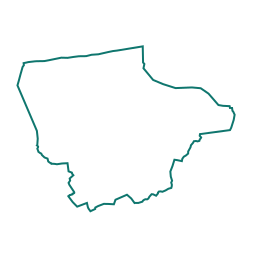 the district of Birnin Magaji-Kiyaw, Zamfara, Nigeria, rotated 266°
{"feature_id": "59680162B42162352171568", "entity_name": "Birnin Magaji-Kiyaw", "entity_type": "district", "adm_level": 2, "iso_a3": "NGA", "parent_name": "Nigeria", "parent_adm1": "Zamfara", "projection": "equal_earth", "projection_center": [6.819, 12.47], "detail": "fine", "context": "isolated", "style": "outline", "palette": "teal", "viewbox_px": 256, "rotation_deg": 266, "n_neighbors": 0, "source": "geoboundaries", "source_scale": "gbopen_adm2", "svg_char_len": 1991}
<svg xmlns="http://www.w3.org/2000/svg" viewBox="0 0 256 256"><g transform="rotate(266 128 128)"><path d="M142.7,230.9L143.5,224.3L144.6,219.8L156.7,210.7L162.6,203.3L164.0,194.6L164.5,178.2L169.3,166.1L174.2,156.4L181.2,151.4L186.5,147.6L190.7,148.8L192.3,147.6L208.4,148.4L206.0,122.4L205.8,118.3L205.6,116.9L205.2,113.9L204.4,108.7L203.8,104.8L203.6,103.7L203.6,96.8L202.6,91.2L203.0,84.1L202.7,78.7L202.2,72.6L202.8,66.4L201.1,53.6L200.7,50.2L200.6,49.1L201.0,41.5L201.0,39.6L200.7,33.1L200.4,31.4L200.0,28.4L197.9,28.5L196.2,27.1L190.6,25.1L190.4,25.0L189.0,24.5L182.6,22.3L178.2,20.7L131.5,36.9L123.7,37.2L117.2,36.3L117.0,36.0L115.8,37.0L115.0,36.9L113.7,36.1L111.4,36.8L110.6,36.9L109.3,38.4L108.5,39.7L107.0,40.3L104.4,42.7L103.1,45.6L100.2,46.1L98.9,47.5L98.2,48.9L97.6,49.1L97.6,50.3L97.3,52.4L96.8,54.6L97.2,59.7L97.1,65.2L88.9,65.7L87.4,68.9L86.4,69.0L84.7,70.2L81.7,66.3L79.6,66.6L77.4,64.9L75.3,65.6L67.9,69.8L67.1,69.9L66.8,69.7L66.6,69.2L66.5,68.5L66.4,68.1L66.1,68.0L65.7,68.0L65.6,67.7L65.5,67.3L65.5,66.6L65.2,66.2L65.1,65.8L65.2,65.2L64.9,64.8L64.5,64.6L64.3,64.3L64.3,63.8L64.1,63.7L57.9,67.7L53.1,71.8L56.1,81.8L52.1,82.4L50.5,82.9L47.6,84.7L49.5,89.6L50.9,89.8L52.2,92.7L54.0,98.6L53.6,103.1L52.9,108.6L57.3,110.5L61.5,122.3L57.5,126.3L52.7,129.3L52.8,129.8L52.5,133.0L53.5,137.2L54.5,137.9L55.2,139.0L55.7,140.3L55.5,142.2L56.2,143.4L57.9,144.5L59.4,146.0L60.3,146.9L60.1,148.4L58.5,151.3L60.6,153.3L61.4,153.4L62.4,154.3L62.5,156.1L62.0,157.9L63.1,161.1L64.6,164.1L65.2,167.0L66.9,167.6L68.4,167.8L70.5,167.3L72.3,168.3L76.5,167.3L81.6,167.2L86.9,169.7L93.1,172.1L92.5,174.9L91.2,179.4L93.6,180.1L95.5,181.7L96.5,183.8L98.3,186.2L100.4,186.4L104.4,189.0L106.4,189.6L108.6,191.8L110.2,192.8L110.3,194.9L109.8,196.5L110.2,198.3L111.6,198.8L112.6,199.8L113.5,200.3L115.2,199.0L116.9,199.4L117.9,215.4L118.8,229.6L121.1,231.0L128.7,234.0L133.8,235.3L137.0,234.1L137.9,233.4L140.7,233.2L140.9,231.1L142.7,230.9Z" fill="none" stroke="#0f766e" stroke-width="2"/></g></svg>